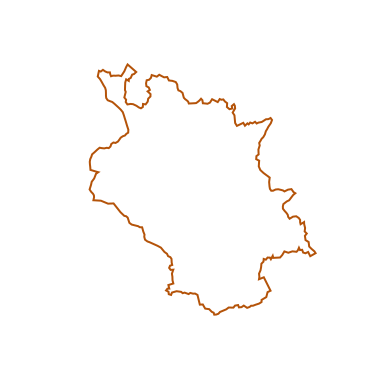 Passo Fundo, Rio Grande do Sul, Brazil, rotated 207°
{"feature_id": "56859067B65204532927466", "entity_name": "Passo Fundo", "entity_type": "district", "adm_level": 2, "iso_a3": "BRA", "parent_name": "Brazil", "parent_adm1": "Rio Grande do Sul", "projection": "robinson", "projection_center": [-52.438, -28.266], "detail": "fine", "context": "isolated", "style": "outline", "palette": "amber", "viewbox_px": 384, "rotation_deg": 207, "n_neighbors": 0, "source": "geoboundaries", "source_scale": "gbopen_adm2", "svg_char_len": 4262}
<svg xmlns="http://www.w3.org/2000/svg" viewBox="0 0 384 384"><g transform="rotate(207 192 192)"><path d="M56.0,194.7L59.7,195.6L62.8,196.6L65.4,200.4L69.0,200.7L71.5,204.2L70.9,207.1L73.7,208.0L74.9,211.3L77.5,214.3L78.5,216.1L80.6,212.6L81.9,214.1L83.0,216.2L85.0,217.3L88.1,217.7L90.8,215.9L92.9,212.5L95.0,213.5L96.4,215.2L98.5,216.3L100.9,217.2L103.4,218.4L104.5,220.4L105.1,222.7L103.3,226.6L101.7,228.7L100.5,235.3L99.4,237.8L101.5,238.0L104.7,239.7L107.5,237.7L109.9,234.5L111.6,234.7L113.6,234.3L116.4,233.6L118.6,232.2L120.4,229.9L122.0,229.1L124.0,230.2L125.5,232.2L127.8,235.9L129.3,240.1L136.9,241.4L141.1,242.6L144.1,245.1L146.4,250.4L149.7,250.4L150.9,253.2L149.7,255.7L152.1,260.0L152.8,264.2L154.4,266.2L154.2,268.5L154.1,271.1L153.4,273.1L153.2,276.4L153.8,279.7L153.6,282.2L153.6,284.7L153.0,289.1L153.4,292.5L155.6,293.6L157.0,291.6L159.1,290.4L160.6,287.8L161.7,286.0L164.3,284.0L165.5,282.4L167.7,283.2L169.3,280.6L171.7,280.3L172.2,278.0L173.8,278.3L174.9,275.1L177.7,276.9L182.0,271.3L184.9,273.1L189.0,279.6L191.8,281.2L191.7,284.0L191.5,286.0L193.0,288.3L194.5,289.3L195.6,286.6L194.0,284.7L196.2,282.8L199.5,283.6L201.0,287.1L203.8,287.6L206.1,288.7L207.8,287.5L209.5,287.4L209.9,283.8L216.2,283.8L216.6,279.8L218.2,277.7L220.4,276.9L222.6,276.0L224.4,278.5L226.3,279.2L226.9,276.9L227.8,274.8L228.7,273.1L230.3,272.1L235.0,269.4L236.5,270.8L238.4,271.3L240.2,271.6L242.1,272.3L243.9,274.3L245.4,276.0L248.1,276.6L250.3,276.4L252.1,278.1L254.0,281.1L256.4,282.6L260.0,282.1L263.2,280.9L266.3,283.2L268.9,281.5L271.4,281.5L274.4,281.6L275.7,278.8L281.0,277.9L280.4,275.1L281.2,272.5L283.1,271.0L282.3,268.0L280.7,265.6L278.0,265.5L275.9,263.8L277.2,261.5L273.4,260.4L272.4,258.2L273.4,255.3L272.5,252.4L273.1,249.0L275.6,248.2L274.4,245.4L275.5,243.4L277.8,243.2L280.6,243.6L284.4,243.5L286.7,242.6L289.3,240.7L291.9,242.1L292.6,244.3L295.2,245.5L296.5,251.1L298.0,252.4L299.9,256.4L301.2,259.3L301.8,262.5L298.8,262.3L299.6,264.1L298.4,265.8L298.6,269.4L297.2,270.8L296.2,273.6L307.3,276.4L307.4,273.3L307.1,268.8L307.7,263.1L310.3,262.5L312.7,261.0L315.2,259.8L316.7,258.4L318.2,259.7L319.5,261.3L321.5,260.2L324.0,260.0L326.8,260.4L328.0,257.9L329.9,257.7L328.4,252.1L325.3,250.9L322.6,249.2L319.2,246.9L316.7,245.4L315.0,243.6L313.6,241.1L312.3,238.6L311.1,236.8L308.8,235.5L306.4,235.7L303.9,236.0L301.2,235.4L295.7,233.9L292.8,233.0L289.9,231.7L287.3,229.2L285.4,227.2L283.9,225.7L281.9,223.6L280.0,221.6L278.7,220.3L277.0,218.6L275.8,215.9L276.9,214.0L277.4,211.9L279.0,210.2L280.2,208.0L280.5,205.7L280.9,203.3L282.4,201.0L284.5,200.4L285.7,198.1L285.3,195.5L286.1,193.3L288.0,192.7L290.0,191.0L292.4,190.1L294.4,189.5L295.6,186.8L296.9,183.2L298.1,180.2L297.7,177.7L297.6,175.1L296.8,172.5L295.5,170.3L294.1,168.2L292.5,165.6L286.4,166.7L284.5,167.1L285.8,164.7L285.3,159.6L286.0,155.6L285.2,152.5L284.4,147.8L282.0,146.4L279.4,145.5L277.9,144.5L276.9,142.9L276.1,139.9L269.2,142.9L261.5,143.5L256.7,146.2L246.5,141.5L241.5,140.0L239.7,140.5L237.7,140.0L233.8,136.1L231.0,135.6L228.3,136.2L224.4,137.1L222.6,136.9L220.4,137.9L217.4,134.6L215.0,132.5L214.2,130.4L212.2,128.2L209.3,127.7L206.9,128.0L198.2,128.4L194.4,128.3L189.4,126.1L186.2,125.6L184.2,124.0L181.7,124.1L179.9,123.1L178.0,119.8L176.5,118.0L178.1,116.4L177.9,114.0L175.7,112.9L173.4,114.3L172.8,110.1L171.0,107.6L169.3,104.5L167.1,102.0L170.8,98.4L168.4,95.6L170.0,94.7L170.4,92.5L167.7,92.5L166.3,90.4L163.9,90.8L164.2,93.3L160.7,96.6L156.3,98.1L154.4,97.6L152.9,99.0L148.7,99.5L147.7,101.3L144.9,101.9L143.2,102.9L140.4,102.8L133.9,95.2L131.3,96.7L129.5,95.5L127.3,94.1L123.5,95.4L120.0,94.2L117.9,94.3L116.5,92.8L114.8,93.8L113.2,95.5L112.6,97.8L108.2,103.0L106.9,105.7L102.6,107.8L102.1,110.3L99.6,112.2L97.8,110.5L95.6,111.9L94.3,114.3L90.3,113.8L88.5,115.7L87.7,117.5L86.1,118.3L84.1,120.5L81.6,123.0L80.1,125.5L81.0,127.5L78.1,132.1L79.2,137.1L77.2,139.7L89.3,148.6L92.7,144.7L93.4,146.9L95.2,149.7L95.4,153.3L96.3,156.4L97.6,159.6L96.7,162.4L97.7,164.9L95.5,165.2L94.9,167.9L92.8,168.9L91.2,167.9L91.1,171.8L89.7,170.2L83.8,173.6L83.0,176.7L82.7,181.0L78.6,181.6L75.6,184.7L71.7,186.2L71.2,188.1L71.4,190.9L69.4,189.3L67.6,190.5L65.5,188.5L63.1,188.9L61.3,191.3L57.5,188.5L54.1,193.6L56.0,194.7Z" fill="none" stroke="#b45309" stroke-width="2"/></g></svg>